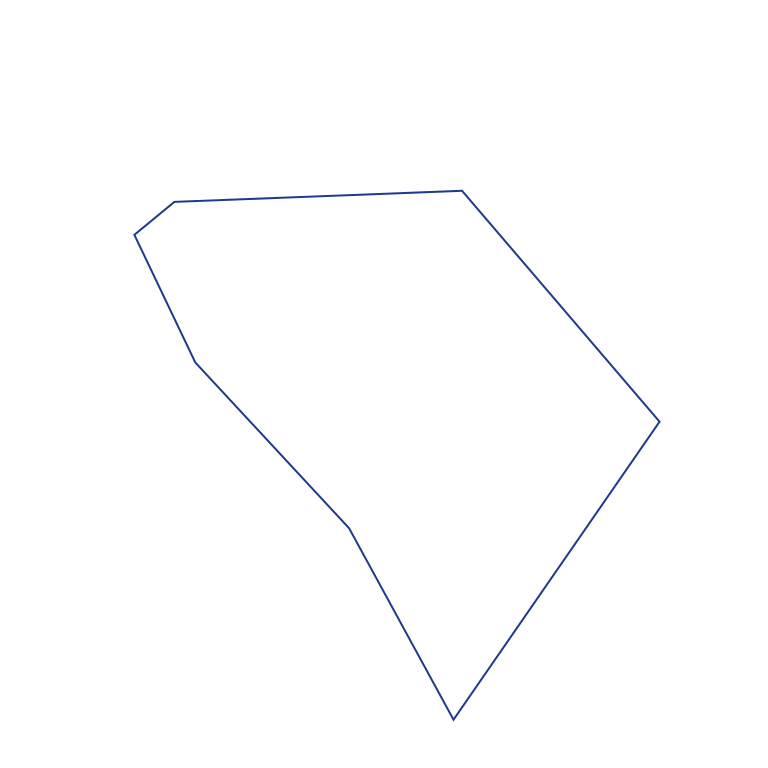 Gamsa, Ad Daqahliyah, Egypt, rotated 224°
{"feature_id": "37247803B6242604579963", "entity_name": "Gamsa", "entity_type": "district", "adm_level": 2, "iso_a3": "EGY", "parent_name": "Egypt", "parent_adm1": "Ad Daqahliyah", "projection": "orthographic", "projection_center": [31.551, 31.44], "detail": "fine", "context": "isolated", "style": "outline", "palette": "blue", "viewbox_px": 768, "rotation_deg": 224, "n_neighbors": 0, "source": "geoboundaries", "source_scale": "gbopen_adm2", "svg_char_len": 286}
<svg xmlns="http://www.w3.org/2000/svg" viewBox="0 0 768 768"><g transform="rotate(224 384 384)"><path d="M462.1,577.2L579.9,454.3L661.3,369.4L667.2,317.9L534.7,268.4L308.9,256.0L112.9,194.6L100.8,190.8L159.6,548.3L462.1,577.2Z" fill="none" stroke="#1e3a8a" stroke-width="2"/></g></svg>